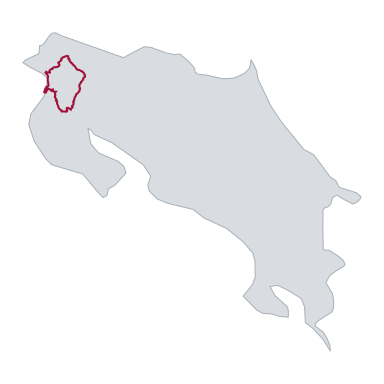 location of Liberia, Guanacaste, Costa Rica
{"feature_id": "36466004B57161008538161", "entity_name": "Liberia", "entity_type": "district", "adm_level": 2, "iso_a3": "CRI", "parent_name": "Costa Rica", "parent_adm1": "Guanacaste", "projection": "albers", "projection_center": [-85.52, 10.692], "detail": "fine", "context": "in_parent", "style": "outline", "palette": "rose", "viewbox_px": 384, "rotation_deg": 0, "n_neighbors": 0, "source": "geoboundaries", "source_scale": "gbopen_adm2", "svg_char_len": 6321}
<svg xmlns="http://www.w3.org/2000/svg" viewBox="0 0 384 384"><path d="M361.0,196.7L360.4,198.6L358.7,200.6L356.2,202.6L352.9,204.0L344.8,199.9L336.9,195.3L332.6,197.5L331.0,203.6L328.2,206.8L324.5,208.0L323.0,210.1L322.9,230.6L323.3,249.9L329.3,250.3L339.3,256.9L343.6,260.9L345.0,264.5L343.8,266.3L336.5,270.6L329.4,276.0L326.0,282.7L332.3,293.4L333.7,300.7L333.5,308.3L331.8,312.0L318.1,320.9L315.1,324.0L315.5,326.2L323.2,332.2L326.8,338.0L329.9,345.1L330.4,351.2L323.4,339.9L313.7,329.1L305.3,322.5L304.6,306.9L301.2,298.5L288.6,290.7L277.9,285.4L270.0,286.5L274.9,295.5L287.5,306.9L288.4,311.3L288.2,317.2L279.6,316.4L271.9,314.0L262.6,313.3L256.4,309.8L243.2,296.2L252.5,284.4L255.3,276.7L254.9,260.7L252.8,253.0L242.6,241.3L226.5,228.4L203.9,218.0L193.3,209.5L167.0,203.1L157.0,198.8L149.1,190.8L147.9,185.0L150.7,176.2L143.4,164.9L112.0,142.8L94.5,134.7L90.8,129.9L88.0,128.4L90.7,143.7L98.4,152.9L118.4,161.5L123.9,166.5L126.1,173.0L114.5,185.5L108.6,188.7L106.9,195.5L103.1,197.5L99.1,193.6L82.8,174.1L51.5,164.7L45.8,158.9L34.2,141.1L28.8,124.7L30.8,113.9L43.6,96.9L47.7,89.6L46.8,85.0L47.3,78.3L42.5,73.7L30.6,67.6L23.0,62.7L25.1,60.2L38.7,53.7L39.6,47.8L39.5,45.8L41.7,45.4L43.7,43.8L44.9,42.2L48.7,36.5L51.9,33.3L55.6,32.8L60.2,35.2L77.3,41.3L96.4,48.1L123.6,57.7L134.8,51.5L144.5,46.7L151.2,47.4L165.8,52.9L174.6,54.6L180.0,54.0L189.4,62.1L194.5,68.2L195.3,72.2L198.2,74.4L205.5,74.9L223.3,78.9L234.2,78.0L244.0,73.6L249.5,68.4L251.1,60.1L253.6,64.2L256.6,70.6L257.9,78.8L270.9,106.2L281.2,121.6L303.9,149.5L313.6,154.6L330.2,177.0L335.9,180.7L339.2,187.3L356.2,192.7L361.0,196.7Z" fill="#d9dde1" stroke="#a8b0b8" stroke-width="1"/><path d="M69.3,58.9L68.7,59.1L68.4,58.9L68.3,58.5L68.3,57.7L68.2,57.2L68.2,56.3L67.8,56.2L67.5,56.0L67.1,55.9L66.6,56.0L66.1,56.2L65.9,56.3L65.2,56.4L65.1,56.5L64.6,56.6L64.2,56.9L63.6,57.3L63.1,57.2L62.8,57.5L62.0,58.0L61.9,58.1L61.5,58.3L61.5,58.8L61.3,59.1L61.1,59.3L61.2,59.5L61.3,59.6L61.5,59.7L61.5,60.0L61.2,60.4L60.7,60.8L60.5,61.0L60.2,61.3L59.9,61.5L59.6,61.8L59.3,62.0L59.0,62.0L58.6,62.2L58.2,62.8L58.3,62.9L58.5,63.1L58.7,63.4L58.9,63.5L59.0,63.7L59.1,64.2L59.1,64.4L59.3,64.5L59.2,64.7L59.2,65.1L59.3,65.2L59.1,65.6L58.9,65.7L58.9,66.1L58.4,66.4L58.0,66.6L57.8,66.8L57.7,66.8L57.5,66.7L57.3,66.7L56.9,66.8L56.7,67.0L56.3,67.2L56.0,67.3L55.8,67.4L55.7,67.4L55.1,67.1L54.7,67.1L54.0,67.2L53.6,67.5L53.1,67.8L52.8,68.3L52.5,69.1L52.1,69.0L51.7,68.7L51.5,68.8L51.2,69.0L50.9,69.3L50.5,69.6L50.1,70.0L49.8,70.2L49.5,70.6L49.4,71.3L49.6,71.5L50.0,72.1L50.0,72.4L49.7,72.8L49.1,72.6L48.9,72.4L47.9,72.4L47.5,72.4L47.3,72.6L47.2,72.8L46.5,72.3L46.4,72.1L46.1,71.8L45.5,72.6L46.2,73.4L46.4,73.6L46.6,74.1L47.2,74.5L47.4,75.0L47.5,75.2L47.6,75.4L47.8,75.8L48.0,76.0L48.2,76.5L48.2,77.0L47.8,77.6L47.7,78.2L47.6,78.7L47.8,79.0L47.9,79.8L47.8,80.3L47.8,80.9L48.3,82.7L48.3,83.0L48.2,83.1L48.2,83.4L48.3,83.8L48.4,84.4L48.5,84.6L48.5,85.3L48.3,86.2L48.1,86.5L47.7,86.5L47.3,86.7L47.0,86.6L46.8,86.8L46.4,86.8L46.3,87.1L46.5,87.2L46.9,87.3L46.6,87.7L46.4,87.8L46.1,87.7L45.7,88.2L45.3,88.5L45.2,88.8L45.5,89.0L46.0,89.0L46.7,88.7L46.7,89.0L46.0,89.5L45.7,89.5L45.4,89.8L45.2,89.8L44.9,90.1L44.8,90.3L44.7,90.5L45.1,90.9L45.1,91.1L44.9,91.4L44.8,91.7L44.7,91.8L44.4,91.9L44.2,91.9L44.1,92.0L44.3,92.4L44.4,92.5L44.7,92.6L44.9,92.7L45.1,92.4L45.2,92.2L45.4,92.2L46.1,92.2L46.4,91.6L46.5,91.4L46.5,91.2L46.5,90.9L46.7,90.6L46.7,90.2L47.9,89.5L48.5,88.9L49.0,89.0L49.4,89.2L50.1,89.5L50.7,89.9L51.2,90.7L51.3,90.8L51.4,90.7L51.3,90.4L51.3,90.0L51.7,90.0L52.3,89.4L53.0,89.4L53.0,89.5L52.7,90.0L52.6,90.3L52.6,90.5L52.7,90.8L52.8,91.1L52.9,91.3L53.1,91.4L55.9,91.7L55.0,92.7L54.9,92.9L55.1,93.6L55.0,93.9L55.0,94.2L55.1,94.5L55.3,94.6L55.4,94.9L55.2,95.5L55.0,95.8L55.0,96.0L55.1,96.4L55.0,96.7L54.8,96.8L54.7,96.9L54.7,97.0L54.8,97.2L55.1,97.3L55.3,97.8L55.7,98.2L55.7,98.4L55.9,98.7L56.0,99.3L56.2,99.5L56.4,99.6L55.8,100.5L56.5,101.1L57.0,101.2L57.2,101.6L57.2,102.0L56.9,102.5L57.0,103.0L57.1,103.3L57.0,103.7L57.5,104.5L57.8,105.2L58.2,106.0L58.2,106.6L58.3,107.1L58.7,107.5L58.8,107.8L59.0,108.0L59.0,108.5L59.2,108.8L59.6,109.2L60.2,109.5L60.5,109.7L60.7,109.9L61.5,110.4L61.5,110.5L61.3,110.9L61.3,111.2L61.4,111.4L61.6,111.5L62.2,111.5L62.4,111.3L62.8,111.3L63.1,111.4L63.8,111.5L64.7,111.5L65.3,111.4L65.7,111.7L66.4,111.7L66.6,111.7L67.1,111.3L67.2,111.0L67.2,110.8L66.7,110.5L66.6,110.3L66.7,110.0L67.0,109.4L67.1,108.7L66.8,108.4L66.7,108.1L66.8,108.0L66.9,107.9L67.0,107.9L68.1,107.8L68.3,108.0L68.6,108.0L68.8,108.1L68.9,108.4L69.1,108.5L69.4,108.8L69.8,109.1L70.2,109.1L70.9,109.6L71.0,109.3L70.9,109.3L70.9,109.2L71.1,108.6L71.7,108.1L71.9,107.8L72.4,107.5L72.2,107.3L72.3,106.7L71.9,106.2L71.9,105.9L72.0,105.8L72.4,105.8L72.6,105.7L72.8,105.5L73.1,105.1L73.2,104.7L73.4,104.5L73.4,104.2L73.5,103.8L73.4,103.3L73.7,102.9L73.7,102.6L73.5,102.4L73.4,102.1L73.2,102.0L73.2,101.7L73.5,101.3L73.5,101.1L73.6,100.9L73.7,101.0L73.8,101.0L73.9,100.8L74.1,100.6L74.1,100.4L74.3,100.1L74.3,99.8L74.2,99.6L74.2,99.4L74.3,99.2L74.2,99.1L74.5,98.2L74.7,97.9L74.7,97.3L75.0,97.1L75.2,96.9L75.4,96.6L75.4,96.2L75.9,95.7L76.0,95.4L76.1,95.1L76.2,94.8L76.2,94.6L76.1,94.3L76.2,94.2L76.7,93.8L77.6,93.3L77.9,92.7L78.8,92.0L79.6,90.7L79.4,90.4L79.4,90.2L79.9,89.4L80.0,89.1L79.9,88.8L80.0,88.5L79.9,88.3L79.9,88.1L79.7,88.0L79.7,87.5L79.7,87.2L79.6,86.9L79.4,86.8L79.3,86.4L79.2,86.2L79.2,85.9L79.4,85.2L79.5,84.8L79.8,84.3L79.8,84.1L80.0,84.0L80.5,83.3L80.9,83.0L81.0,82.7L80.8,82.6L81.0,82.2L81.0,81.9L81.3,81.8L81.7,81.4L82.2,80.7L82.6,80.3L82.9,79.9L82.9,79.7L83.2,79.5L83.1,79.0L83.3,78.7L83.3,78.3L83.4,78.0L83.6,77.6L84.2,77.3L84.9,76.9L85.0,76.7L84.9,76.5L84.9,76.3L84.9,76.0L85.1,75.6L85.0,75.2L84.7,75.0L84.6,74.7L84.4,74.5L84.3,74.1L84.1,73.9L84.2,73.5L84.0,73.3L83.8,72.9L83.7,72.8L83.6,72.7L82.9,72.2L82.7,72.1L82.4,71.9L82.4,71.6L82.0,71.6L81.8,71.4L81.6,71.1L81.3,71.0L81.0,71.0L80.8,70.9L80.2,70.5L80.0,70.3L79.7,70.2L79.4,69.9L78.7,69.9L78.4,69.9L77.6,69.8L77.3,69.7L76.9,69.3L76.8,69.0L76.7,69.0L76.4,68.9L76.2,68.5L76.2,68.4L75.1,66.7L74.9,66.4L74.8,66.2L74.1,65.6L73.7,65.4L73.6,65.0L73.3,64.5L73.2,64.5L72.9,64.5L72.7,64.5L72.6,64.2L72.4,64.0L72.2,63.7L72.1,63.4L71.9,63.4L71.3,62.7L70.9,62.7L70.6,62.3L70.6,61.9L70.5,61.6L69.4,60.8L69.4,60.6L69.5,60.4L69.5,60.1L69.6,59.8L69.6,59.6L69.4,59.1L69.3,58.9Z" fill="none" stroke="#9f1239" stroke-width="2"/></svg>